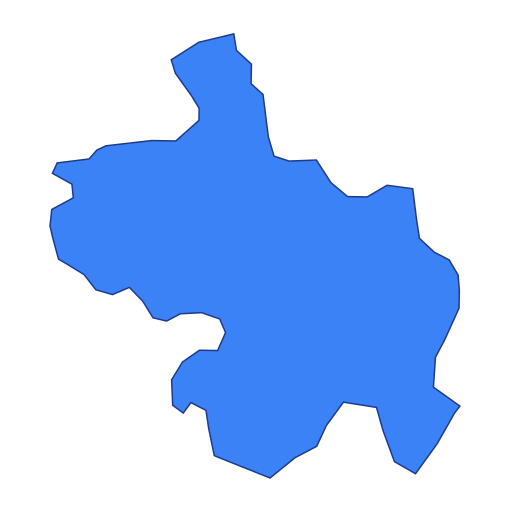 Uiryeong-gun, South Gyeongsang, South Korea (Natural Earth projection), rotated 91°
{"feature_id": "91817680B90592918780723", "entity_name": "Uiryeong-gun", "entity_type": "district", "adm_level": 2, "iso_a3": "KOR", "parent_name": "South Korea", "parent_adm1": "South Gyeongsang", "projection": "natural_earth1", "projection_center": [128.274, 35.379], "detail": "fine", "context": "isolated", "style": "filled", "palette": "blue", "viewbox_px": 512, "rotation_deg": 91, "n_neighbors": 0, "source": "geoboundaries", "source_scale": "gbopen_adm2", "svg_char_len": 1117}
<svg xmlns="http://www.w3.org/2000/svg" viewBox="0 0 512 512"><g transform="rotate(91 256 256)"><path d="M402.5,49.5L384.1,76.3L354.1,74.8L336.1,65.7L304.6,52.1L286.6,52.1L271.6,53.6L256.6,62.7L249.1,77.8L235.5,92.9L217.5,96.0L186.0,100.5L183.0,126.2L195.0,145.9L195.0,165.5L181.5,182.2L159.0,197.3L160.5,224.6L155.9,239.7L136.4,245.8L94.4,251.8L83.9,263.9L64.3,263.9L50.8,279.1L34.3,282.1L43.3,317.0L47.0,322.5L61.3,344.2L74.8,339.7L97.3,323.0L109.4,315.4L121.4,315.4L142.4,338.2L142.4,362.4L148.4,407.9L152.9,417.0L161.9,424.6L166.4,456.4L176.9,461.0L187.4,441.3L201.0,439.7L213.0,461.0L229.5,462.5L241.5,459.5L262.6,453.4L268.2,443.4L268.6,442.8L277.6,427.6L292.6,415.5L297.1,398.8L289.6,382.1L303.1,368.5L319.6,357.9L322.6,344.2L315.1,330.6L313.6,309.4L319.6,291.2L333.1,285.1L351.2,292.7L351.2,310.9L363.2,327.6L381.2,338.2L406.7,336.7L414.3,326.0L403.7,318.5L411.2,303.3L429.3,300.3L456.3,294.2L459.3,286.7L477.7,238.1L456.9,213.3L445.2,192.0L424.1,182.6L400.6,166.0L405.3,132.9L428.7,125.8L459.2,114.0L470.9,92.7L440.4,71.5L409.9,54.9L402.5,49.5Z" fill="#3b82f6" stroke="#1e3a8a" stroke-width="1.5"/></g></svg>